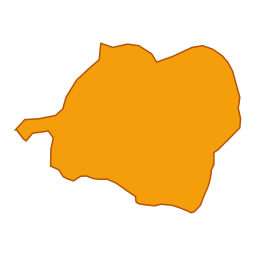 Agia Kepir, Cyprus (Natural Earth projection)
{"feature_id": "46923920B83418385302054", "entity_name": "Agia Kepir", "entity_type": "district", "adm_level": 2, "iso_a3": "CYP", "parent_name": "Cyprus", "parent_adm1": "", "projection": "natural_earth1", "projection_center": [33.563, 35.109], "detail": "fine", "context": "isolated", "style": "filled", "palette": "amber", "viewbox_px": 256, "rotation_deg": 0, "n_neighbors": 0, "source": "geoboundaries", "source_scale": "gbopen_adm2", "svg_char_len": 1136}
<svg xmlns="http://www.w3.org/2000/svg" viewBox="0 0 256 256"><path d="M15.4,129.9L16.6,129.9L23.5,139.1L26.1,140.9L30.8,135.4L32.4,133.3L32.9,133.2L42.9,131.8L48.3,131.0L53.3,137.9L52.3,142.7L50.9,149.2L50.6,166.1L58.8,169.8L59.1,170.3L63.3,176.8L63.9,177.0L67.8,179.0L73.4,180.9L80.5,176.3L86.5,176.0L91.9,178.0L93.4,178.6L99.4,179.3L107.1,179.2L115.1,182.5L116.3,183.3L120.1,185.8L122.5,187.5L125.7,189.9L130.8,193.3L135.4,196.4L136.1,202.0L138.0,203.3L139.5,203.9L143.2,204.5L145.7,204.9L155.0,205.8L160.9,204.2L171.5,205.2L178.3,207.3L182.5,208.9L185.1,209.9L187.0,210.7L191.1,212.7L194.3,211.7L197.2,208.7L200.4,205.3L203.8,196.3L208.0,186.7L209.8,180.7L211.2,173.1L211.0,170.9L213.9,164.4L213.9,152.5L218.2,149.6L226.2,141.5L227.3,140.9L227.7,140.1L229.6,138.2L239.8,127.8L240.6,118.8L238.2,108.1L238.9,103.8L239.8,97.4L236.6,85.9L232.6,71.2L227.7,62.1L222.0,55.6L212.3,49.0L202.6,45.7L192.1,47.4L172.7,56.4L156.6,62.1L151.7,53.9L138.8,45.7L127.5,44.1L112.9,47.4L100.8,43.3L99.2,59.7L87.9,69.5L76.5,80.2L66.0,97.4L62.8,108.9L55.5,115.5L38.6,118.8L24.8,119.6L15.4,129.9Z" fill="#f59e0b" stroke="#b45309" stroke-width="1.5"/></svg>